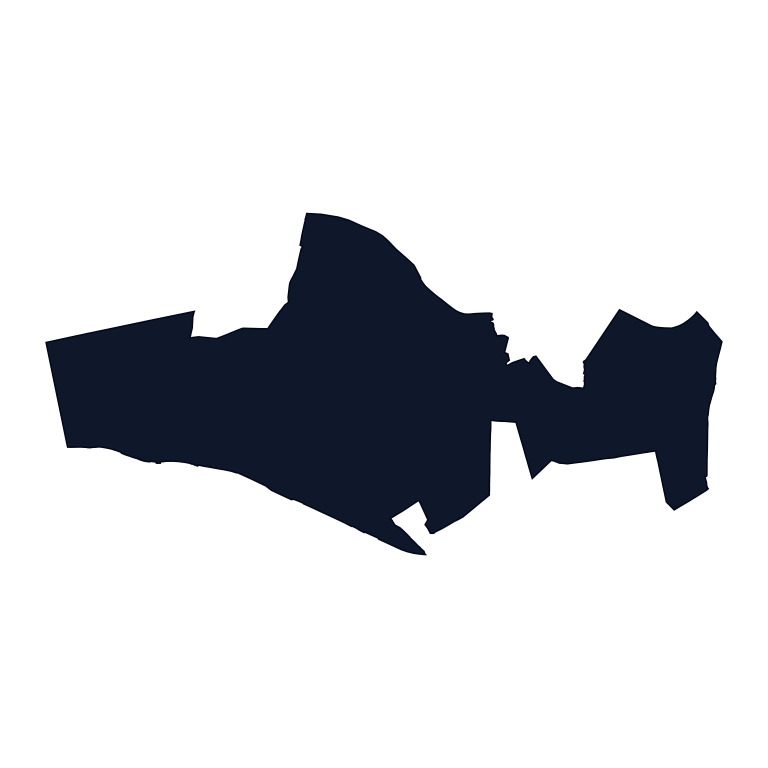 the district of Sērenes pag., Jaunjelgavas, Latvia
{"feature_id": "27541924B63753357027447", "entity_name": "Sērenes pag.", "entity_type": "district", "adm_level": 2, "iso_a3": "LVA", "parent_name": "Latvia", "parent_adm1": "Jaunjelgavas", "projection": "orthographic", "projection_center": [25.194, 56.571], "detail": "fine", "context": "isolated", "style": "filled", "palette": "ink", "viewbox_px": 768, "rotation_deg": 0, "n_neighbors": 0, "source": "geoboundaries", "source_scale": "gbopen_adm2", "svg_char_len": 5995}
<svg xmlns="http://www.w3.org/2000/svg" viewBox="0 0 768 768"><path d="M690.7,318.4L687.9,320.6L683.4,323.7L679.5,325.7L674.9,327.3L672.8,327.9L671.0,328.2L668.8,328.1L664.7,328.0L660.7,327.7L657.7,327.4L654.7,326.9L652.8,326.4L651.3,325.8L619.5,309.8L586.1,359.7L586.2,359.8L585.0,360.5L584.3,361.4L583.6,361.4L583.5,362.6L584.1,363.5L584.8,364.1L584.4,364.5L584.4,365.4L584.1,365.7L584.2,366.4L584.2,367.6L584.5,368.4L584.6,369.5L584.6,370.0L584.5,370.6L584.1,372.0L583.7,373.6L584.9,373.8L585.1,374.3L585.0,375.3L584.4,376.6L584.4,377.2L584.8,378.0L584.3,378.6L584.5,379.4L584.7,380.1L584.4,380.7L584.1,380.9L584.5,381.1L584.6,384.4L583.7,388.0L583.3,388.2L582.6,388.2L581.8,388.1L580.3,387.9L578.3,387.7L577.5,387.6L576.7,387.8L572.5,388.1L556.5,381.8L553.1,379.4L545.2,368.8L542.0,364.4L535.9,356.2L533.3,356.9L531.7,358.8L530.9,359.9L530.3,360.7L529.9,361.5L529.6,362.1L529.2,362.9L529.0,362.7L528.1,362.8L527.9,362.6L526.1,361.1L524.8,359.7L524.6,359.4L524.1,358.7L523.0,359.1L517.3,361.0L512.5,362.7L507.1,365.6L506.1,364.3L506.2,362.5L509.3,360.2L508.7,357.9L507.9,354.0L504.4,352.5L505.0,350.5L508.2,338.2L508.1,337.5L504.3,335.5L502.2,335.3L500.4,335.4L500.4,335.7L498.5,335.7L498.4,335.6L496.9,335.8L496.7,335.4L496.4,334.6L496.2,333.9L495.9,333.1L495.0,331.6L494.7,330.9L494.4,330.6L494.2,330.2L494.0,329.5L494.0,329.0L494.1,328.4L493.6,327.3L493.5,325.6L493.5,325.2L493.5,324.6L493.5,324.2L493.2,323.7L493.0,323.3L492.5,322.8L491.8,323.1L491.5,322.8L491.3,322.6L490.7,321.8L490.5,320.9L490.4,320.6L490.8,320.2L491.2,320.1L491.8,320.0L492.5,320.0L493.0,319.6L492.8,318.9L492.6,318.5L491.6,317.3L492.0,313.6L489.5,313.1L484.3,313.2L475.6,313.6L470.2,314.1L467.7,314.2L465.9,314.1L464.2,314.0L462.1,313.3L460.2,312.8L456.7,311.2L454.5,309.8L451.5,307.6L447.6,304.6L444.6,302.2L441.7,299.8L438.1,297.2L435.1,294.8L431.4,291.7L428.5,289.1L425.5,286.3L423.2,283.4L421.3,280.5L419.9,277.9L420.5,277.7L414.1,265.4L409.3,260.9L395.8,249.0L388.3,241.1L382.5,235.9L375.9,231.9L361.6,226.0L348.8,220.2L338.3,217.1L321.3,214.3L306.8,213.5L305.5,218.4L305.4,218.6L305.2,219.4L305.5,219.5L304.6,223.0L303.3,228.9L301.9,235.3L301.0,240.8L300.1,245.2L302.4,246.4L302.6,246.6L301.1,249.2L298.6,260.1L297.5,265.5L296.8,268.9L295.1,272.3L292.9,276.9L292.1,278.1L290.4,281.6L290.1,282.4L289.6,284.0L288.1,297.1L288.5,302.2L287.7,302.9L284.7,305.2L284.6,305.4L280.7,310.5L280.0,311.2L279.1,312.5L274.8,318.5L268.5,327.6L268.0,328.8L258.4,328.7L244.6,328.3L243.2,328.3L242.0,328.5L237.1,330.4L224.4,335.6L216.5,338.6L216.3,338.6L198.5,336.8L189.9,337.9L190.1,337.3L190.7,334.6L191.1,332.6L192.3,327.6L192.3,326.5L192.8,316.9L193.9,312.5L194.3,311.4L153.2,319.8L104.1,330.1L97.7,331.4L91.8,332.7L87.6,333.5L79.0,335.4L78.8,335.5L78.3,335.5L46.1,342.5L46.9,346.5L67.1,444.8L67.6,447.1L71.0,447.2L80.6,447.0L87.2,447.4L87.5,447.6L90.5,447.7L90.9,447.5L99.2,446.9L101.7,447.1L106.3,447.9L110.8,448.8L115.9,450.4L121.4,452.4L121.4,453.1L124.5,454.4L135.0,458.0L136.5,458.3L141.0,460.2L144.2,461.1L148.0,461.7L149.8,461.8L149.9,461.2L156.4,462.1L156.4,463.2L160.3,463.2L160.3,462.0L166.3,461.2L173.4,461.2L178.8,461.5L185.9,462.5L190.1,463.3L191.0,463.9L193.6,464.3L193.9,464.7L197.6,466.0L197.7,465.0L205.7,466.5L210.0,467.2L219.3,468.9L223.8,469.6L228.1,470.5L231.4,471.2L236.4,472.8L236.6,472.4L240.9,474.2L251.8,479.2L265.8,485.9L271.2,490.1L278.7,493.7L291.4,499.6L293.9,499.3L299.2,501.4L303.9,503.5L303.7,503.8L313.4,508.2L321.5,512.0L329.8,515.8L343.2,522.1L351.2,526.2L351.3,525.8L355.8,527.8L360.1,530.5L364.2,532.5L364.5,531.9L378.6,538.3L378.6,539.1L401.4,549.6L407.1,551.6L413.2,553.1L416.3,553.6L419.3,554.0L424.0,554.5L425.4,554.5L424.8,553.9L424.7,553.6L424.6,553.3L424.5,553.0L424.1,551.7L423.8,551.2L423.1,550.7L422.4,549.9L421.2,549.0L421.0,548.7L420.6,548.2L420.4,547.9L419.7,547.2L418.7,546.4L418.4,546.2L417.1,544.9L415.3,543.0L412.9,540.6L412.0,539.8L410.1,537.9L409.8,537.3L408.3,535.8L407.1,534.5L404.4,531.9L402.0,529.5L401.8,529.6L400.7,528.5L400.0,527.8L395.0,525.2L392.9,522.0L392.1,520.4L391.2,519.4L390.1,518.5L391.7,517.6L397.6,514.0L402.6,511.0L415.3,502.6L418.8,500.4L419.0,500.4L420.3,503.2L424.3,511.9L427.9,519.8L425.1,524.7L427.6,528.0L430.2,532.8L430.2,533.1L430.8,533.3L433.2,533.3L434.3,532.9L435.1,532.0L442.3,528.4L448.8,524.7L453.8,521.7L453.7,521.6L457.5,519.9L462.7,517.1L475.8,506.3L480.2,502.6L485.8,498.0L489.3,495.1L489.3,492.6L489.3,492.0L489.4,491.3L489.4,486.0L489.4,483.7L489.5,481.5L489.5,478.4L489.7,472.5L489.7,465.5L489.8,459.9L489.8,454.3L490.0,451.2L490.1,442.8L490.4,433.4L490.7,428.7L490.7,423.2L490.8,420.2L495.7,420.9L502.5,421.3L503.4,421.2L516.0,422.2L520.9,439.2L521.6,441.5L523.8,449.1L526.1,457.3L526.9,459.9L529.0,467.4L532.3,478.5L535.2,475.7L541.0,470.2L551.1,460.5L553.6,460.8L554.0,461.0L554.3,461.1L559.4,463.1L562.6,463.3L567.5,463.8L577.3,462.5L582.3,461.9L592.4,460.5L601.5,459.1L606.7,458.4L613.7,457.8L621.9,456.1L623.0,456.0L634.4,454.2L642.9,452.8L655.6,450.9L656.8,456.8L658.2,462.5L658.3,463.0L658.4,463.4L658.6,464.6L659.8,470.3L660.0,471.3L662.0,481.0L662.5,483.4L663.3,487.4L664.7,493.8L666.4,502.0L667.9,503.5L674.2,509.9L680.1,506.3L684.9,503.5L688.8,501.2L689.7,500.7L693.9,498.0L695.7,497.0L697.9,495.6L706.5,490.2L708.2,488.7L708.0,488.4L707.5,487.8L707.3,487.4L707.0,486.5L706.7,485.7L706.6,484.8L706.6,484.3L706.5,483.1L706.5,482.7L706.1,481.0L705.8,480.1L705.4,478.5L704.9,476.7L704.7,476.3L706.5,476.3L706.9,475.3L707.0,460.0L707.3,449.2L707.4,443.5L707.4,443.0L707.5,437.3L707.6,427.8L707.8,425.4L707.7,420.8L707.5,420.3L707.5,419.8L707.5,417.6L707.5,416.8L707.6,415.7L707.9,415.7L708.1,414.5L708.6,409.7L709.3,405.1L709.6,404.3L711.7,396.8L713.6,391.0L714.2,387.8L714.5,385.0L715.7,383.7L715.3,381.5L715.6,378.2L715.4,378.1L715.3,377.2L715.6,372.7L715.8,367.9L716.5,363.2L717.3,359.9L717.9,357.4L718.3,355.8L718.7,354.3L720.1,349.1L721.9,341.7L715.2,334.0L712.4,330.6L708.8,326.2L707.8,323.0L706.6,321.8L696.8,312.0L695.4,313.8L693.6,315.7L690.7,318.4Z" fill="#0f172a" stroke="#020617" stroke-width="1.5"/></svg>